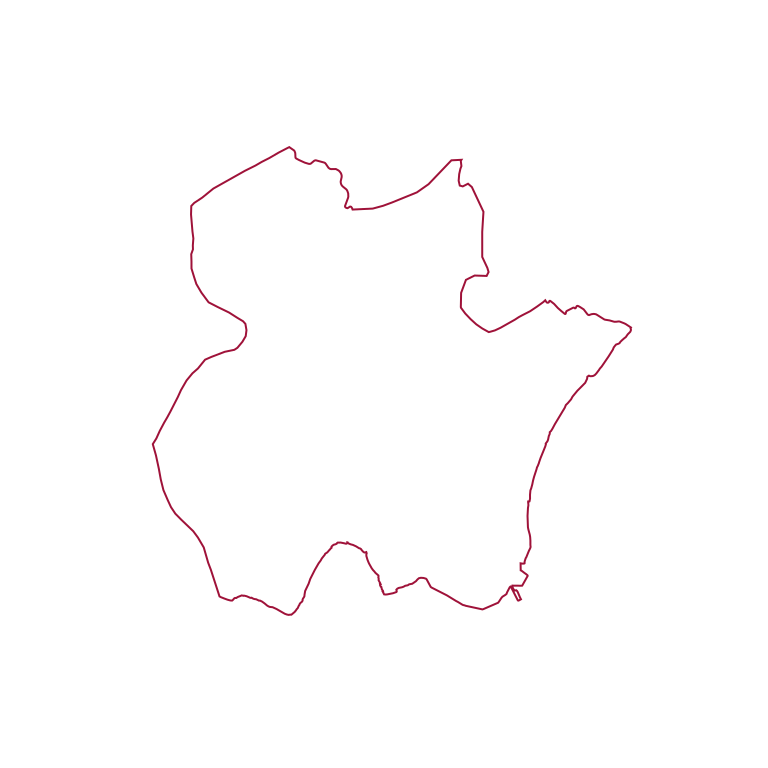 Mueang Pattani, Pattani, Thailand (Equal Earth projection), rotated 153°
{"feature_id": "78962969B73457350824483", "entity_name": "Mueang Pattani", "entity_type": "district", "adm_level": 2, "iso_a3": "THA", "parent_name": "Thailand", "parent_adm1": "Pattani", "projection": "equal_earth", "projection_center": [101.257, 6.854], "detail": "fine", "context": "isolated", "style": "outline", "palette": "rose", "viewbox_px": 768, "rotation_deg": 153, "n_neighbors": 0, "source": "geoboundaries", "source_scale": "gbopen_adm2", "svg_char_len": 6166}
<svg xmlns="http://www.w3.org/2000/svg" viewBox="0 0 768 768"><g transform="rotate(153 384 384)"><path d="M627.0,269.4L626.1,268.1L623.8,265.5L621.4,262.9L619.2,260.9L617.7,260.0L616.7,260.2L614.7,261.0L613.8,261.0L612.8,260.4L611.1,260.6L606.7,260.2L605.4,259.1L605.0,259.1L604.3,258.6L602.7,257.2L600.3,254.3L599.6,253.8L599.0,253.7L598.2,252.4L597.2,251.3L595.6,250.2L593.7,247.7L592.9,247.4L591.5,245.6L590.0,242.7L588.7,239.6L587.8,238.2L586.9,237.2L584.6,235.7L581.9,232.3L576.7,224.3L575.2,222.7L573.7,221.5L572.3,221.1L571.2,220.5L566.9,221.5L566.2,221.9L565.5,222.1L564.2,222.9L562.6,223.5L560.5,225.2L559.8,225.5L558.7,226.5L557.3,227.0L556.4,227.1L555.2,227.7L554.7,228.2L554.4,228.9L553.7,229.5L552.1,230.4L551.3,231.0L550.5,232.3L548.2,235.4L541.8,240.3L538.2,243.8L530.0,249.8L523.7,253.9L520.5,255.5L518.6,256.8L514.2,258.8L513.7,259.3L513.2,259.5L511.5,259.6L509.9,260.1L508.6,260.7L507.0,261.2L506.2,261.7L505.2,261.8L505.0,262.0L504.6,262.9L503.2,263.4L501.7,263.6L499.9,263.2L499.1,263.2L498.6,263.2L498.0,263.6L497.3,263.7L494.6,262.4L491.7,260.1L490.7,259.2L489.9,258.8L489.2,258.8L488.8,259.1L488.6,259.6L488.3,259.4L488.2,258.4L487.7,257.7L486.5,256.3L484.7,254.7L482.5,251.9L480.7,248.9L480.1,248.5L479.4,247.3L479.3,246.2L478.7,244.0L478.1,242.9L477.5,242.5L476.1,242.3L476.3,241.0L477.0,240.3L477.4,239.6L477.8,238.7L478.5,235.0L478.8,231.7L478.8,230.0L478.6,225.3L478.2,223.0L477.7,221.4L477.4,219.7L475.9,215.9L476.5,214.6L476.8,214.4L477.2,212.7L477.7,212.0L477.9,211.6L477.9,211.0L477.8,208.5L477.8,208.2L478.2,208.1L478.2,207.9L478.0,207.0L478.7,206.9L478.8,206.7L478.9,204.9L478.5,204.5L478.6,204.1L478.8,203.1L478.9,202.7L479.1,202.2L479.1,201.8L478.8,200.2L478.9,199.8L479.4,199.8L479.4,199.3L479.1,199.1L479.4,198.2L479.4,196.5L478.0,195.6L476.4,195.0L471.0,193.5L467.4,193.0L466.7,193.6L466.4,195.1L465.0,195.6L463.4,195.6L460.2,194.7L458.5,194.5L456.7,194.6L454.3,193.9L453.6,193.9L452.6,194.1L449.5,193.2L445.0,193.8L443.1,194.6L441.1,195.1L439.1,194.6L436.8,193.2L435.0,191.5L434.7,190.6L434.5,182.0L434.0,181.0L423.9,167.1L418.4,158.1L417.0,156.1L414.3,151.7L413.8,151.1L412.8,150.3L411.9,149.3L399.5,139.2L398.7,138.5L397.6,138.3L381.6,137.3L380.0,138.1L376.5,140.1L375.0,140.7L371.6,141.0L370.2,141.3L368.9,142.5L364.3,145.8L363.3,146.1L363.0,145.6L363.0,130.6L362.8,130.1L362.3,129.9L359.7,130.0L359.7,132.2L359.3,137.7L359.4,139.2L359.8,140.2L361.2,140.6L361.6,141.4L361.8,142.8L361.7,144.7L361.6,145.6L361.3,146.0L361.2,146.1L353.4,142.0L352.4,141.6L343.1,147.8L343.0,148.1L343.0,148.5L343.6,149.9L344.8,152.2L345.3,153.3L346.3,155.3L346.8,155.9L343.7,162.2L342.2,161.1L340.7,160.4L340.2,160.4L339.2,162.1L336.8,164.5L335.9,165.0L330.7,169.5L328.4,171.2L327.4,172.2L326.6,174.2L324.7,177.9L323.2,181.4L322.5,183.7L321.4,188.9L320.8,191.0L316.0,201.3L312.0,208.2L310.4,210.4L309.9,211.5L309.1,213.6L308.8,213.9L308.2,213.4L307.8,213.3L307.5,213.5L305.9,215.6L304.2,219.0L301.8,222.8L300.3,224.1L297.4,227.3L295.1,230.2L292.5,233.1L286.7,238.9L285.6,240.2L284.3,241.1L281.8,243.3L281.5,243.7L278.2,246.9L268.6,255.2L267.1,256.8L267.1,257.3L266.8,257.6L264.5,258.7L263.1,259.9L260.8,262.8L259.2,264.1L258.6,264.9L258.2,265.8L256.5,266.3L254.2,267.7L249.9,270.7L233.7,280.8L231.5,282.7L228.9,283.5L226.5,284.5L224.3,285.4L221.7,287.2L214.8,290.2L204.2,293.7L200.7,296.4L199.5,298.2L197.6,298.4L197.2,297.8L196.5,297.2L194.9,296.5L193.7,296.2L192.0,296.3L190.0,297.0L185.7,299.1L184.8,299.7L182.2,300.7L171.4,306.6L164.5,310.7L162.7,312.3L160.6,313.3L159.3,313.8L156.6,313.4L155.3,313.6L154.4,314.2L152.2,314.9L149.1,315.7L147.3,316.0L144.3,317.6L140.9,318.7L139.8,319.6L139.4,320.1L139.1,321.0L139.0,321.8L138.3,322.2L141.5,327.8L142.5,329.1L145.7,332.7L146.7,333.3L148.7,334.0L150.2,334.7L151.0,335.3L154.1,338.2L157.9,341.0L158.4,341.5L162.8,348.9L163.4,349.8L164.6,350.8L165.7,351.4L167.5,352.0L170.0,352.3L170.7,352.9L171.1,353.9L172.2,359.8L174.2,363.3L175.4,365.1L176.0,365.7L176.6,365.9L177.1,365.8L178.8,364.6L179.1,364.6L179.5,364.7L180.0,365.7L180.7,366.1L187.8,366.1L188.4,366.0L189.0,365.6L189.9,364.5L190.4,364.1L190.7,364.1L191.1,364.4L192.9,368.5L194.6,372.8L196.1,378.2L198.1,382.5L198.4,382.8L198.8,382.9L199.9,382.1L200.5,381.9L201.2,382.1L201.7,382.4L202.0,383.0L202.2,384.0L202.3,385.4L204.8,384.7L212.5,383.5L220.8,382.5L229.4,382.5L233.5,382.4L238.2,381.9L254.6,381.2L260.8,381.4L265.5,382.3L267.1,382.7L271.2,388.8L274.7,395.3L277.4,402.5L279.6,409.9L280.8,417.0L280.6,417.7L273.9,430.2L263.7,439.6L254.0,439.5L243.5,433.7L240.0,436.3L239.2,440.5L238.8,452.6L227.4,475.0L217.2,492.3L216.3,519.6L218.2,524.3L224.1,524.3L226.4,526.4L225.2,531.2L221.7,536.9L218.2,541.1L216.1,543.0L214.3,547.9L213.2,548.6L222.4,552.7L253.6,541.8L267.7,539.8L294.6,542.1L303.9,543.2L314.4,545.4L332.8,553.7L332.6,555.2L332.7,555.9L332.8,556.7L333.2,557.2L333.8,557.5L336.6,557.2L337.3,557.7L338.0,558.6L338.2,559.3L338.1,559.9L338.0,560.2L331.5,566.2L330.7,567.2L329.4,570.0L329.1,571.9L329.0,573.2L329.1,574.0L329.3,574.7L330.9,578.3L331.3,579.4L331.5,580.8L331.4,582.0L331.1,583.1L330.6,584.2L327.7,587.7L327.0,589.2L326.7,591.1L326.8,592.2L327.2,594.1L327.9,595.4L329.3,597.4L333.6,599.5L334.6,600.4L335.3,601.8L335.9,606.6L336.2,607.7L336.7,608.4L343.1,614.2L343.7,614.5L344.8,614.6L349.2,613.6L349.9,613.7L350.8,614.1L351.4,614.6L354.1,617.2L358.0,622.1L359.8,624.7L360.1,625.6L359.9,626.4L358.5,629.4L358.1,630.6L358.0,632.3L358.1,632.9L360.9,638.1L372.9,638.0L383.6,637.4L392.1,637.4L399.3,637.0L411.0,637.1L447.3,635.6L461.3,632.6L470.9,631.5L474.9,630.1L479.0,622.6L485.4,606.9L487.8,600.2L491.4,594.3L493.1,590.7L496.8,587.2L500.0,580.4L503.1,574.3L504.7,565.2L505.8,558.3L505.2,548.3L503.2,536.4L497.3,528.2L489.6,518.0L484.6,509.5L481.1,503.9L480.2,500.5L482.1,494.4L485.5,489.4L491.0,485.9L498.2,482.8L501.8,482.4L511.3,485.0L525.5,486.5L532.4,486.9L542.7,482.3L549.8,480.5L558.3,476.8L567.7,470.7L573.6,466.0L587.0,456.3L592.4,452.6L597.4,449.4L605.1,444.0L611.6,438.8L617.3,435.4L619.6,423.9L623.1,410.7L626.2,400.4L628.7,389.6L629.4,378.7L629.7,371.0L628.8,363.2L626.2,355.0L620.8,339.5L619.5,331.7L618.8,320.2L621.8,304.6L622.6,297.1L627.0,269.4Z" fill="none" stroke="#9f1239" stroke-width="2"/></g></svg>